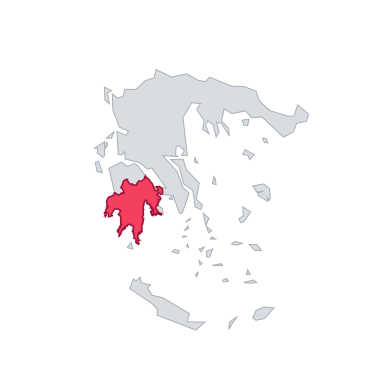 Greece, with Peloponnisos highlighted, rotated 27°
{"feature_id": "GRC-2885", "entity_name": "Peloponnisos", "entity_type": "Region", "adm_level": 1, "iso_a3": "GRC", "parent_name": "Greece", "parent_adm1": "", "projection": "orthographic", "projection_center": [22.642, 37.277], "detail": "fine", "context": "in_parent", "style": "filled", "palette": "rose", "viewbox_px": 384, "rotation_deg": 27, "n_neighbors": 0, "source": "natural_earth", "source_scale": "10m", "svg_char_len": 9742}
<svg xmlns="http://www.w3.org/2000/svg" viewBox="0 0 384 384"><g transform="rotate(27 192 192)"><path d="M246.6,66.4L260.4,69.6L261.9,76.9L254.1,83.3L255.1,92.2L248.6,101.6L220.3,93.4L211.7,98.7L202.8,95.5L191.9,104.0L182.9,103.2L186.0,115.3L195.8,118.6L199.6,125.1L187.3,117.5L182.1,118.7L189.0,126.5L188.5,132.0L180.4,122.6L173.7,121.2L173.9,126.7L180.8,132.4L172.9,131.3L170.4,123.0L158.7,116.2L159.4,109.2L151.2,112.7L150.1,129.7L171.2,161.5L166.2,164.2L166.4,158.4L159.5,156.7L157.2,158.4L158.5,161.7L160.8,166.8L163.7,166.6L149.4,172.9L169.2,180.5L181.7,191.8L190.0,194.5L192.9,215.4L190.4,216.7L176.6,203.6L163.0,209.5L167.8,219.0L173.6,220.4L176.4,225.6L166.8,229.6L162.5,224.1L154.0,221.9L166.9,262.3L153.7,249.6L150.5,250.1L147.0,262.4L145.1,261.4L143.6,253.0L134.9,240.9L131.2,242.3L129.3,251.6L124.8,246.9L120.3,238.8L123.2,227.5L107.2,208.6L115.5,197.5L122.9,198.4L127.8,192.7L131.5,193.0L159.6,206.5L158.8,203.1L167.3,200.0L145.1,188.8L142.2,191.8L131.9,189.7L117.6,192.9L113.6,186.7L112.7,190.9L109.2,191.9L97.6,172.1L107.5,171.5L107.7,166.5L98.0,167.2L84.5,155.1L76.4,140.7L83.4,142.1L87.3,137.6L85.5,131.0L95.4,126.1L99.8,114.1L106.3,107.7L104.6,99.2L121.7,98.8L133.4,89.2L147.4,89.7L153.8,87.5L155.5,81.8L179.1,79.7L190.7,74.3L203.5,73.2L210.7,80.3L224.1,84.1L242.6,81.0L248.4,78.1L246.6,66.4ZM187.9,295.9L197.4,293.6L195.7,297.3L203.2,302.2L214.2,299.5L244.7,301.5L246.8,309.8L262.5,302.1L258.2,313.3L216.9,317.6L214.1,312.0L206.6,309.5L180.2,306.3L179.4,296.0L182.5,296.8L184.4,291.5L187.9,295.9ZM169.2,166.8L177.0,174.8L194.4,180.7L199.0,196.4L207.4,199.0L207.9,203.7L201.6,203.8L192.1,190.3L180.7,188.4L169.1,175.3L158.1,172.8L169.2,166.8ZM259.3,153.7L264.4,161.6L264.7,164.5L261.9,163.0L263.7,165.9L252.6,165.2L251.0,163.2L255.5,158.7L249.9,162.7L243.3,159.0L252.2,152.3L259.3,153.7ZM307.1,277.3L303.2,276.5L302.9,268.6L308.4,261.8L317.6,258.0L314.1,271.9L307.1,277.3ZM251.8,195.1L249.1,197.3L245.9,194.4L248.6,190.2L244.1,182.2L253.3,183.1L251.8,195.1ZM91.3,186.8L97.6,199.2L96.8,201.8L89.9,200.3L87.9,195.6L85.0,197.5L91.3,186.8ZM78.3,151.0L72.8,149.8L66.4,138.3L74.3,138.3L71.9,142.1L78.3,151.0ZM230.7,130.5L228.6,137.0L225.5,133.9L220.2,135.6L220.0,130.2L230.7,130.5ZM273.6,209.3L280.5,212.7L274.5,215.4L266.7,212.8L273.6,209.3ZM211.4,107.6L207.8,109.0L204.1,105.1L209.7,101.3L211.4,107.6ZM94.6,207.0L103.3,215.4L98.1,216.9L92.5,209.7L94.6,207.0ZM237.3,241.9L234.7,243.3L231.8,238.2L236.4,233.4L237.3,241.9ZM219.1,207.7L219.4,215.5L211.5,205.7L219.1,207.7ZM288.8,282.3L286.9,297.6L284.6,290.7L288.8,282.3ZM95.8,180.8L91.2,182.8L95.4,173.2L95.8,180.8ZM165.1,269.8L159.5,270.8L160.7,264.7L165.1,269.8ZM279.1,249.2L286.7,242.5L290.8,243.4L285.0,247.0L279.1,249.2ZM250.8,220.6L252.4,216.7L260.1,214.9L255.9,219.0L250.8,220.6ZM228.0,235.4L227.1,241.3L224.2,239.7L228.0,235.4ZM227.2,217.6L225.2,220.8L220.4,216.1L227.2,217.6ZM210.1,174.4L206.3,175.3L204.5,168.2L206.8,169.6L210.1,174.4ZM237.2,113.9L234.0,115.0L230.4,112.0L233.8,110.7L237.2,113.9ZM207.6,250.2L207.5,253.1L201.5,254.3L202.4,251.0L207.6,250.2ZM252.7,243.7L243.3,248.2L250.8,242.5L252.7,243.7ZM203.0,217.5L199.8,222.0L202.4,216.3L203.0,217.5ZM234.3,223.3L229.8,225.6L229.9,222.8L234.3,223.3ZM264.9,255.0L261.1,257.9L259.3,256.7L262.1,253.2L264.9,255.0ZM281.3,238.9L277.9,241.1L276.7,235.9L281.3,238.9ZM205.6,226.4L202.6,229.9L204.0,223.9L205.6,226.4ZM95.3,187.7L95.4,192.6L93.1,186.6L95.3,187.7ZM233.5,251.2L232.3,253.5L229.1,249.8L233.5,251.2ZM184.2,163.6L180.9,164.3L178.8,160.1L184.2,163.6ZM178.0,207.6L175.6,208.5L174.2,207.4L176.1,205.2L178.0,207.6ZM207.1,234.3L204.1,236.6L204.5,234.6L207.1,234.3ZM233.8,260.2L234.7,265.2L232.8,264.5L233.8,260.2ZM214.2,243.2L211.6,242.8L211.7,240.5L214.2,243.2Z" fill="#d9dde1" stroke="#a8b0b8" stroke-width="1"/><path d="M166.6,207.1L166.1,207.5L164.7,208.2L163.5,207.7L163.2,207.8L162.4,207.7L162.3,207.9L162.3,208.8L162.0,209.0L161.8,209.3L162.0,210.0L162.3,210.6L162.9,210.5L163.4,210.7L164.1,210.8L164.8,210.7L165.3,210.5L166.3,211.4L166.8,211.8L167.3,212.0L167.1,212.7L167.2,213.0L167.3,213.3L166.9,213.4L166.4,213.7L165.7,213.8L165.5,214.5L166.3,215.1L166.7,215.3L167.1,215.3L166.9,216.1L166.8,216.7L167.1,218.1L166.7,218.1L166.8,218.9L166.9,219.2L167.5,219.4L166.8,221.2L166.6,222.2L166.8,222.7L167.3,223.2L168.7,223.6L169.6,224.3L170.1,224.4L171.0,225.2L171.5,225.1L173.0,225.5L173.6,225.2L174.7,225.1L175.0,225.6L175.0,226.5L171.5,226.7L171.0,226.7L171.2,227.2L170.1,227.0L169.8,227.1L169.8,227.5L168.8,227.7L168.8,228.1L169.0,228.2L169.6,228.2L169.4,228.5L170.2,229.0L169.8,229.2L168.1,229.2L167.5,229.3L167.5,229.6L168.0,230.7L167.4,230.9L167.0,230.9L166.2,230.5L166.2,230.2L166.8,230.2L166.5,229.9L166.1,230.0L165.7,229.9L165.4,229.5L166.0,229.8L165.9,229.4L165.6,229.2L165.0,228.7L164.8,229.0L164.5,229.0L164.2,228.8L164.1,227.6L164.2,227.1L164.8,227.5L165.1,227.3L165.3,226.7L165.4,226.2L166.2,226.7L166.0,226.1L165.9,225.3L164.9,224.8L163.9,225.1L163.4,224.9L163.8,224.7L163.4,223.9L162.4,224.6L162.2,224.9L161.8,223.6L161.5,223.1L161.0,222.7L160.3,222.7L160.2,222.5L160.1,222.2L159.7,222.0L159.1,221.9L159.5,222.0L159.7,222.4L159.2,222.2L158.6,222.2L157.7,222.9L157.5,222.7L156.7,222.2L156.9,221.7L156.5,221.5L156.2,221.2L156.0,220.9L156.1,220.6L155.5,219.9L154.3,220.5L154.0,221.0L153.9,221.9L154.3,222.8L154.1,223.7L154.2,224.1L154.7,224.7L154.7,225.6L155.1,226.0L155.1,226.4L154.9,226.9L154.9,227.2L156.5,229.1L156.7,229.3L156.5,229.8L156.9,229.8L156.9,230.0L156.7,230.0L156.7,230.3L157.0,230.6L157.7,231.8L158.0,232.5L159.0,234.3L159.3,234.8L159.5,235.2L159.1,235.6L159.0,237.0L159.2,237.5L159.8,237.6L160.8,237.4L160.8,237.5L161.0,237.9L160.8,238.0L161.0,238.1L160.8,238.4L161.3,238.6L161.5,238.9L161.5,239.1L161.0,238.9L161.3,239.5L162.1,240.7L162.0,241.2L162.4,242.4L161.8,242.4L162.2,243.2L162.4,242.9L162.6,243.6L162.4,244.2L162.7,244.7L163.3,246.2L163.6,246.5L163.5,246.8L163.9,247.4L164.7,248.3L164.9,248.7L164.9,249.1L164.8,249.4L164.5,249.5L164.5,249.8L165.0,249.8L165.5,250.0L165.4,250.3L165.0,250.6L164.9,250.8L164.9,251.4L164.8,251.8L164.4,251.8L163.7,251.3L163.4,251.7L163.0,252.1L162.9,252.5L163.3,252.8L163.1,253.3L163.9,253.3L163.2,254.0L163.2,254.9L163.6,255.9L164.2,256.9L164.5,257.5L166.2,258.4L166.5,258.9L166.8,258.9L166.4,259.2L166.4,259.4L166.5,259.6L166.6,259.8L166.4,260.0L166.2,260.2L166.7,260.9L167.6,261.4L168.2,262.0L168.0,262.9L167.0,262.4L166.7,262.8L166.3,262.9L165.0,262.5L164.5,261.7L164.1,261.4L164.1,261.2L164.3,260.7L164.1,260.1L163.7,259.6L163.2,259.4L161.9,259.7L161.3,259.7L161.1,259.3L160.9,258.7L160.0,256.9L158.4,255.6L158.8,255.2L158.7,254.8L157.5,253.6L157.3,253.6L157.2,253.8L156.8,254.4L156.6,254.2L156.6,253.8L156.8,253.0L156.7,252.4L156.4,251.6L156.2,250.3L155.8,249.6L155.2,249.2L154.3,249.1L152.8,249.0L150.9,249.2L149.6,250.0L149.7,251.6L148.7,252.3L148.3,252.8L148.0,253.6L148.5,253.6L148.8,253.9L148.9,254.3L148.9,254.9L148.7,254.9L148.5,254.4L148.3,254.2L148.0,254.1L147.8,254.3L147.6,254.7L147.6,255.0L148.2,255.6L148.1,256.3L147.7,256.7L147.4,255.9L147.0,256.1L146.8,256.5L146.8,258.7L146.9,259.5L147.1,260.2L147.6,261.7L147.5,261.9L147.6,262.2L147.2,262.5L147.1,262.9L147.2,263.3L147.4,263.7L147.4,264.0L147.2,264.0L147.0,264.5L146.7,264.1L146.5,262.8L146.4,262.2L146.0,261.9L144.9,261.4L144.6,260.9L144.4,260.9L144.1,261.3L143.8,261.2L143.2,260.6L143.0,260.0L143.0,259.6L143.4,258.7L143.8,258.8L144.0,258.4L143.9,257.8L143.5,257.4L144.0,256.7L143.4,256.7L143.4,256.2L143.4,255.6L143.5,255.2L144.0,255.1L144.0,254.9L143.4,254.7L143.5,254.0L144.0,252.8L143.1,253.0L142.5,252.1L142.1,250.9L141.5,250.3L141.6,249.6L141.1,248.6L139.1,245.7L138.4,245.4L137.7,246.0L136.9,245.4L136.6,245.0L136.5,244.4L136.5,244.5L136.7,244.3L136.9,243.6L137.1,242.4L137.1,241.4L137.1,241.2L135.1,240.7L134.0,240.6L133.4,240.8L132.3,241.5L131.2,241.8L130.9,242.1L130.7,242.6L130.4,246.2L130.2,246.6L130.2,247.0L130.6,248.0L130.4,248.5L131.2,249.2L131.6,249.2L131.6,249.5L131.2,249.5L130.9,249.7L130.7,249.9L130.8,250.2L130.6,250.6L129.0,252.0L128.7,252.0L127.3,249.0L126.3,249.1L125.5,249.4L125.2,249.1L124.5,248.8L124.3,248.4L124.1,248.4L123.8,248.6L123.3,247.4L123.4,247.0L123.3,245.9L123.4,245.5L123.9,244.6L124.0,244.0L123.7,243.4L123.3,243.1L122.7,243.3L123.0,243.2L123.1,242.8L122.9,242.8L122.7,242.9L122.5,243.3L122.3,242.0L121.6,241.0L120.7,240.1L120.1,239.0L119.9,237.5L119.8,236.0L120.1,234.7L120.6,233.7L122.5,232.2L123.3,231.3L123.7,230.1L123.6,228.6L123.3,227.8L123.8,227.6L125.7,228.0L126.8,227.8L127.8,228.1L128.3,227.8L129.4,226.4L129.2,225.9L129.3,225.4L130.1,224.5L130.6,224.1L131.2,224.6L131.8,224.4L132.0,223.9L131.2,222.9L128.5,220.7L127.6,220.4L127.1,220.5L126.6,220.4L126.6,216.4L126.0,214.5L126.1,213.0L127.8,210.3L128.9,210.1L129.1,211.1L130.2,211.5L131.1,212.2L133.1,213.1L133.6,213.1L134.3,212.2L134.9,212.0L135.9,212.1L136.0,212.6L136.5,212.8L137.0,212.6L137.8,211.7L139.4,211.0L139.6,210.5L139.4,209.9L139.0,209.5L139.1,208.5L139.4,208.0L139.5,207.4L139.4,206.8L139.6,206.3L141.8,205.4L142.4,205.0L142.6,204.5L142.8,204.0L142.8,203.5L143.7,201.6L143.0,200.4L143.2,198.9L143.4,199.1L144.3,199.5L144.9,199.9L145.4,199.7L147.7,200.2L150.9,201.9L152.6,202.5L152.9,202.8L153.2,202.9L155.5,204.9L156.0,205.8L156.7,206.1L158.1,207.2L158.5,207.3L159.7,207.0L160.4,207.0L160.6,206.8L161.2,205.9L161.2,205.7L160.9,205.3L160.5,204.9L159.7,204.5L159.0,203.9L158.5,203.9L158.7,203.7L157.7,203.7L158.3,203.1L158.6,203.0L159.4,202.7L160.3,201.9L161.1,201.9L162.5,202.5L163.1,202.4L163.9,202.8L164.2,202.7L165.2,204.1L166.1,205.8L166.6,207.1ZM125.5,251.0L126.0,251.2L126.0,251.6L125.9,252.2L125.9,253.0L125.6,252.7L125.5,252.2L125.1,252.5L125.4,251.0L125.5,251.0ZM123.5,251.4L123.5,250.1L123.6,249.6L123.9,249.2L124.3,249.4L124.5,249.4L124.5,249.7L124.1,249.9L124.1,250.3L123.5,251.4Z" fill="#f43f5e" stroke="#9f1239" stroke-width="1.5"/></g></svg>